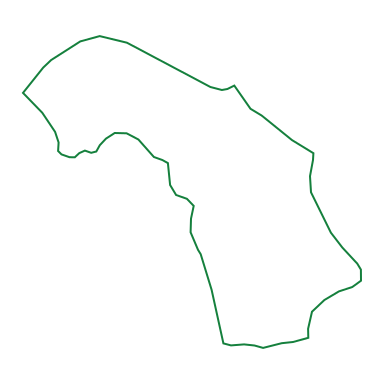 map outline of Loroum (Robinson projection)
{"feature_id": "BFA-2822", "entity_name": "Loroum", "entity_type": "Province", "adm_level": 1, "iso_a3": "BFA", "parent_name": "Burkina Faso", "parent_adm1": "", "projection": "robinson", "projection_center": [-2.181, 13.899], "detail": "fine", "context": "isolated", "style": "outline", "palette": "green", "viewbox_px": 384, "rotation_deg": 0, "n_neighbors": 0, "source": "natural_earth", "source_scale": "10m", "svg_char_len": 879}
<svg xmlns="http://www.w3.org/2000/svg" viewBox="0 0 384 384"><path d="M221.9,90.0L227.4,89.0L234.3,85.6L250.5,108.8L261.6,115.5L292.0,140.1L313.4,153.2L313.0,160.0L310.0,176.2L311.0,192.3L330.9,232.7L342.3,247.5L355.1,261.3L357.2,263.5L360.9,269.6L361.0,280.7L352.3,287.0L338.9,291.4L324.4,300.0L312.0,311.7L308.1,328.8L308.3,337.8L293.0,342.0L281.7,343.2L263.1,347.9L254.5,345.5L244.1,344.4L231.0,345.4L223.4,343.4L211.6,289.8L200.7,254.2L198.0,249.8L190.6,232.3L191.0,218.7L193.7,205.9L186.9,198.8L176.1,195.0L170.1,185.0L167.9,163.1L162.3,160.0L153.9,157.0L138.4,139.5L126.6,133.3L114.7,133.0L106.0,138.6L99.8,145.2L96.3,151.5L91.2,152.8L84.9,150.6L79.3,153.1L74.8,157.3L69.5,157.2L61.5,154.4L58.1,151.0L58.6,142.5L55.1,131.9L42.3,112.8L23.0,92.9L43.2,67.6L51.2,60.0L80.3,41.4L99.7,36.1L126.9,42.7L210.4,87.0L221.9,90.0Z" fill="none" stroke="#15803d" stroke-width="2"/></svg>